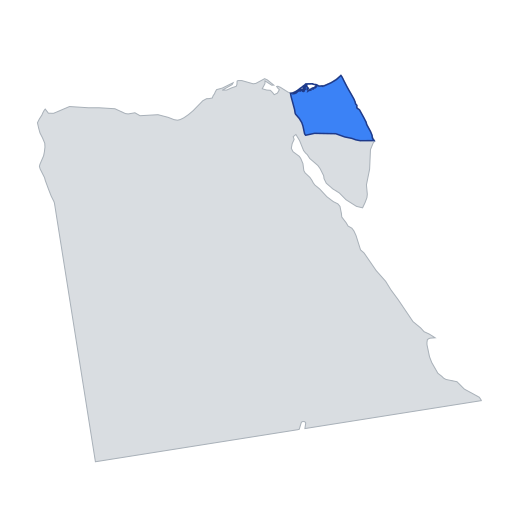 location of Shamal Sina' within Egypt, rotated 351°
{"feature_id": "EGY-1558", "entity_name": "Shamal Sina'", "entity_type": "Governorate", "adm_level": 1, "iso_a3": "EGY", "parent_name": "Egypt", "parent_adm1": "", "projection": "mercator", "projection_center": [33.332, 30.402], "detail": "fine", "context": "in_parent", "style": "filled", "palette": "blue", "viewbox_px": 512, "rotation_deg": 351, "n_neighbors": 0, "source": "natural_earth", "source_scale": "10m", "svg_char_len": 5765}
<svg xmlns="http://www.w3.org/2000/svg" viewBox="0 0 512 512"><g transform="rotate(351 256 256)"><path d="M455.9,434.1L445.1,434.1L434.3,434.1L423.5,434.1L412.8,434.1L402.0,434.1L391.2,434.1L380.4,434.1L369.6,434.1L358.9,434.1L348.1,434.1L337.3,434.1L326.5,434.1L315.7,434.1L305.0,434.1L294.2,434.1L283.4,434.1L277.3,434.1L278.3,430.9L279.0,428.7L278.2,427.2L276.1,426.8L274.8,427.3L271.6,433.9L269.9,434.1L266.0,434.1L253.5,434.1L240.9,434.1L228.4,434.1L215.8,434.1L203.3,434.1L190.7,434.1L178.2,434.1L165.6,434.1L153.1,434.1L140.5,434.1L128.0,434.1L115.4,434.1L102.9,434.1L90.3,434.1L77.8,434.1L65.2,434.1L65.2,426.1L65.2,418.2L65.2,410.2L65.2,402.2L65.2,394.2L65.2,386.1L65.2,378.1L65.2,370.0L65.2,362.0L65.2,353.9L65.2,345.8L65.2,337.7L65.2,329.5L65.2,321.4L65.2,313.2L65.2,305.1L65.2,296.9L65.2,288.7L65.2,280.5L65.2,272.2L65.2,264.0L65.2,255.7L65.2,247.4L65.2,239.1L65.2,230.8L65.2,222.5L65.2,214.1L65.2,205.7L65.2,197.4L65.2,189.0L65.2,180.5L65.2,172.1L64.9,170.5L63.1,164.8L61.5,157.5L59.7,148.4L59.4,145.5L56.4,136.2L56.1,133.6L56.9,131.7L61.9,123.8L63.3,120.0L64.6,115.4L65.0,111.6L63.6,105.9L61.9,100.7L61.3,95.4L61.0,90.2L63.6,86.6L66.6,83.3L67.8,81.3L69.6,79.0L70.8,77.9L73.3,82.5L78.4,83.4L95.2,79.2L113.8,83.4L124.0,85.0L139.7,88.5L149.3,94.9L152.0,95.7L158.8,95.6L163.4,99.3L181.3,101.1L190.9,105.3L196.4,108.5L199.7,109.6L202.5,109.4L206.4,108.2L211.4,105.8L216.7,102.6L227.8,94.3L231.8,92.9L234.3,93.2L237.5,93.1L238.8,90.9L240.4,89.3L241.4,87.6L243.1,85.5L248.9,84.9L260.5,81.3L259.2,83.0L248.6,87.0L253.1,87.5L257.8,86.2L263.0,85.3L264.0,83.6L264.7,80.3L265.7,79.9L269.4,80.5L280.2,85.5L282.9,85.5L290.6,82.8L292.2,82.2L294.7,83.8L300.3,90.0L298.3,89.8L292.3,84.5L291.8,87.2L288.3,91.8L292.6,93.8L296.1,94.6L298.0,97.2L299.2,99.5L302.6,98.5L305.1,95.4L303.8,93.6L302.9,91.8L304.1,91.7L306.5,93.2L313.3,99.2L315.7,100.4L318.3,100.2L323.9,98.5L325.5,98.8L333.0,96.6L333.8,98.2L335.1,99.8L341.1,98.0L350.6,98.1L358.3,96.1L367.3,91.4L368.1,90.7L368.5,91.8L369.6,95.1L372.3,103.2L374.7,109.7L377.6,118.5L378.6,121.9L378.9,124.2L383.2,133.9L385.7,141.9L387.5,148.3L390.1,157.7L391.3,161.0L389.4,162.7L385.7,168.8L381.8,188.0L376.2,203.0L375.6,212.4L374.7,215.7L372.0,220.4L368.8,225.1L363.0,222.7L353.7,214.5L348.2,206.8L342.4,201.8L336.8,195.1L335.3,190.3L335.4,187.3L333.0,179.8L331.2,176.2L324.4,168.2L322.5,163.9L321.0,162.0L319.5,159.3L317.1,148.8L314.4,142.2L311.4,144.0L311.9,146.8L309.3,150.7L307.7,155.2L308.9,158.8L314.4,164.4L315.5,166.8L316.8,172.1L316.6,179.2L317.5,181.6L321.6,186.9L323.1,190.1L324.0,192.8L325.3,195.2L329.4,199.8L335.3,208.6L340.9,214.4L345.0,217.3L346.7,220.1L347.0,227.4L346.8,230.9L350.3,237.4L351.6,240.8L355.0,243.5L356.6,246.5L358.0,251.5L360.2,266.3L363.2,269.9L372.4,289.2L380.1,301.3L383.9,310.4L389.6,321.4L400.8,345.4L407.4,352.8L410.1,357.0L414.9,360.2L420.1,364.8L415.2,364.4L413.9,364.6L412.2,365.4L411.3,368.2L411.0,370.5L411.6,382.6L412.9,388.7L417.3,400.3L420.6,403.8L422.2,406.0L424.4,407.7L434.8,411.6L440.9,420.0L454.5,430.5L455.8,433.4L455.9,434.1Z" fill="#d9dde1" stroke="#a8b0b8" stroke-width="1"/><path d="M369.7,94.9L370.0,96.0L371.3,100.0L372.4,103.3L373.6,106.6L375.3,111.0L377.3,116.4L378.0,119.4L378.1,121.0L378.3,121.7L378.8,122.4L379.2,122.9L379.2,123.4L378.8,124.5L378.8,125.2L378.9,125.6L379.1,126.0L380.9,127.6L381.2,128.1L382.3,131.2L384.3,136.8L385.5,140.5L385.7,140.9L385.7,141.2L385.7,141.4L385.9,143.5L387.3,147.4L388.6,151.0L389.5,154.9L389.4,157.5L389.6,158.4L390.4,159.9L390.7,160.5L376.9,158.4L372.8,156.9L369.0,154.8L362.3,152.3L353.9,147.7L333.0,144.0L323.9,144.5L323.7,144.1L323.4,143.6L323.1,142.8L322.7,135.1L322.1,131.5L320.3,127.0L317.3,122.2L317.1,121.5L317.0,120.7L317.0,117.3L315.6,104.1L315.5,100.7L317.0,100.8L318.4,100.6L320.9,99.9L323.8,98.5L324.4,98.1L325.7,97.4L326.1,97.1L326.3,97.1L326.3,97.4L325.3,97.8L323.4,99.2L322.4,99.5L320.6,100.3L317.7,101.1L319.3,101.1L319.3,101.3L318.9,101.6L319.9,101.6L320.2,101.4L320.5,101.1L320.7,101.3L320.8,101.3L321.1,101.3L323.1,100.0L324.8,99.5L325.2,99.2L325.4,99.2L325.5,99.4L326.0,99.5L325.9,99.7L325.6,99.7L325.6,100.0L326.0,99.9L326.8,99.5L326.8,99.2L325.9,99.2L326.3,98.8L326.9,98.9L327.4,99.3L327.7,99.7L327.7,100.0L327.8,100.3L327.9,100.5L327.4,100.5L328.5,100.9L329.0,100.9L329.5,100.5L329.5,100.2L329.1,100.1L329.0,99.7L330.3,99.4L330.6,99.2L330.4,98.9L330.5,98.6L330.7,98.3L330.8,97.9L330.6,97.9L330.4,98.1L329.7,98.7L329.6,98.8L329.5,99.0L329.2,99.3L328.5,99.3L327.7,99.2L327.2,99.0L328.2,98.9L328.8,98.3L329.2,97.5L329.7,96.8L330.1,96.6L330.9,96.5L331.3,96.3L331.9,95.7L332.3,95.5L332.8,95.5L332.8,95.8L331.9,95.8L331.9,96.0L332.3,96.3L333.5,97.9L333.9,98.5L333.7,98.7L333.3,98.9L332.8,99.2L332.8,98.9L332.6,99.0L333.2,99.6L333.4,100.1L333.4,100.7L333.1,101.3L334.2,100.8L334.9,100.7L335.3,100.8L335.5,100.7L336.0,100.8L336.0,100.5L335.5,100.2L335.3,100.2L335.3,100.5L335.1,100.5L335.1,100.2L336.8,99.6L337.3,99.2L337.6,99.2L337.3,99.5L337.6,99.7L337.8,99.5L338.1,99.5L338.3,99.7L338.4,100.0L338.7,100.0L338.7,99.7L338.7,99.3L338.7,99.2L339.1,99.2L338.8,99.0L338.5,99.1L338.2,99.0L337.8,99.0L341.4,98.7L341.1,98.0L341.5,97.8L342.0,97.8L342.0,97.1L342.4,97.3L342.5,97.4L343.2,97.3L344.5,97.9L345.1,98.1L347.5,98.4L348.1,98.7L348.1,98.4L348.9,98.6L350.0,98.6L356.8,96.8L363.1,94.3L368.1,91.0L368.9,92.5L369.1,93.1L369.7,94.9ZM331.3,94.3L332.1,93.8L337.3,94.5L337.1,94.6L336.7,94.6L335.7,94.5L334.7,94.3L333.7,94.2L332.6,94.5L332.1,94.4L331.2,94.7L327.2,96.8L326.5,97.4L326.9,96.8L327.7,96.4L328.3,96.1L328.7,95.8L329.2,95.5L330.9,94.7L331.3,94.3ZM341.0,95.8L342.0,96.0L342.9,96.5L344.3,97.6L343.6,97.1L338.5,94.9L337.6,94.7L338.6,94.8L340.3,95.6L341.0,95.8ZM328.0,99.9L327.9,99.7L327.7,99.7L327.9,99.6L328.1,99.6L328.3,99.9L328.3,100.2L328.0,99.9Z" fill="#3b82f6" stroke="#1e3a8a" stroke-width="1.5"/></g></svg>